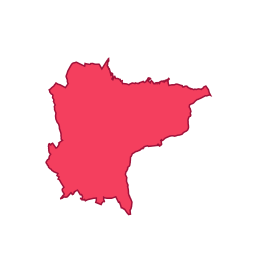 outline of Sona, Alba, Romania, rotated 248°
{"feature_id": "2599482B71316562161476", "entity_name": "Sona", "entity_type": "district", "adm_level": 2, "iso_a3": "ROU", "parent_name": "Romania", "parent_adm1": "Alba", "projection": "robinson", "projection_center": [24.009, 46.242], "detail": "fine", "context": "isolated", "style": "filled", "palette": "rose", "viewbox_px": 256, "rotation_deg": 248, "n_neighbors": 0, "source": "geoboundaries", "source_scale": "gbopen_adm2", "svg_char_len": 5796}
<svg xmlns="http://www.w3.org/2000/svg" viewBox="0 0 256 256"><g transform="rotate(248 128 128)"><path d="M137.7,215.9L137.7,214.2L137.5,213.3L136.8,212.5L136.7,211.4L136.3,210.3L136.7,210.0L137.9,207.9L138.1,206.0L138.3,205.4L139.0,204.6L138.9,203.5L139.5,202.7L140.0,202.3L140.6,201.6L140.5,201.2L140.7,200.8L141.2,200.4L141.5,200.5L141.9,199.8L142.3,199.5L142.9,199.3L143.2,198.7L144.1,198.5L144.8,198.2L145.4,196.5L145.2,195.8L145.4,194.3L146.1,194.0L146.4,194.2L147.0,194.1L147.8,192.9L150.0,190.4L150.7,189.0L150.7,187.1L151.7,184.5L152.1,181.9L154.1,182.0L157.1,182.8L158.0,184.5L158.7,184.3L157.9,182.8L158.2,182.5L158.2,182.2L157.7,182.0L157.3,181.6L157.6,181.3L157.5,180.7L158.2,180.6L158.2,180.3L157.3,179.4L158.0,179.0L157.5,178.6L158.2,178.5L158.4,177.8L158.2,177.3L158.8,177.0L158.9,175.0L157.9,174.4L157.5,173.6L158.5,173.5L158.9,172.9L158.9,172.2L158.4,171.6L159.2,171.5L159.5,171.1L159.4,170.1L159.0,169.6L159.4,169.5L159.5,168.5L161.6,168.1L163.2,167.4L162.2,166.0L161.6,165.5L164.1,164.3L164.8,165.8L165.2,167.3L166.0,167.0L166.2,166.0L166.7,166.0L166.7,165.5L166.6,165.1L166.2,165.0L165.3,163.6L165.1,163.7L164.8,163.0L165.0,162.9L164.9,162.6L164.1,161.7L164.0,160.5L164.1,160.2L164.9,159.9L165.0,159.5L165.5,159.5L165.5,157.9L165.7,155.3L165.2,155.1L165.4,153.9L166.0,153.3L166.7,151.9L167.0,151.7L166.6,151.1L168.2,148.7L168.0,148.3L168.1,146.5L167.7,145.1L169.4,143.2L171.1,140.1L171.2,139.6L172.8,139.6L173.2,139.8L173.9,140.4L174.0,140.4L174.1,138.8L175.9,138.9L176.0,138.3L176.7,138.0L177.3,137.5L177.8,136.9L178.6,135.0L180.8,135.1L180.9,134.8L180.2,134.0L179.7,133.3L178.4,132.0L179.2,131.5L179.7,131.6L180.4,132.5L181.1,133.1L182.5,133.6L183.1,133.4L183.5,133.5L183.8,134.0L184.1,134.0L184.5,133.9L185.2,133.2L185.0,132.9L184.4,133.0L183.6,132.9L183.3,132.6L183.2,132.0L186.7,132.5L186.7,132.4L189.8,132.8L189.9,132.3L191.5,132.5L192.4,132.4L192.4,132.1L193.4,132.1L194.0,132.3L194.7,133.0L196.5,133.7L197.0,134.8L197.5,135.3L199.6,136.0L199.5,135.6L198.9,135.3L198.5,134.1L192.6,125.9L197.8,125.2L198.1,124.9L198.1,124.7L198.8,123.1L198.9,122.6L199.7,120.9L200.1,120.6L200.1,120.4L200.5,120.0L201.0,119.6L201.7,117.6L201.2,116.8L201.5,116.0L203.3,113.1L203.9,112.4L201.6,111.0L203.0,109.6L208.3,104.8L208.4,104.5L208.5,102.8L208.8,101.6L208.6,100.5L208.1,99.5L206.6,97.5L203.3,93.5L201.4,92.0L199.7,90.4L199.3,90.3L199.1,90.0L198.2,89.8L197.4,89.9L196.7,89.7L196.1,89.9L194.7,89.6L194.0,89.2L193.1,89.1L192.4,89.0L191.7,89.2L190.8,88.0L188.9,85.1L193.5,81.2L194.8,79.5L196.7,78.1L196.0,77.1L195.4,75.9L194.8,75.2L193.8,72.0L193.3,71.1L192.9,69.2L192.0,69.3L190.7,69.0L188.4,69.6L187.4,70.4L186.9,70.6L186.4,70.6L184.4,69.4L182.6,69.8L181.8,69.8L181.0,69.3L180.5,68.8L179.3,69.0L178.4,68.9L177.2,69.1L176.8,69.1L176.4,68.9L175.9,68.1L175.3,67.6L174.2,67.5L172.6,66.8L169.2,66.8L168.7,66.7L166.3,65.3L163.3,64.5L159.9,64.5L157.8,65.1L157.0,65.1L155.1,64.9L153.2,64.2L152.5,64.2L152.1,64.0L151.4,64.2L150.8,64.0L149.7,64.0L147.5,63.7L146.0,63.0L144.0,62.5L142.9,61.9L142.2,62.0L141.1,62.6L140.4,59.5L140.0,58.2L139.2,58.5L137.4,56.4L136.4,54.8L136.4,53.7L142.1,52.4L141.9,50.5L141.3,50.0L142.9,49.2L142.8,48.7L142.3,48.2L141.4,47.9L141.0,47.4L140.0,47.3L139.3,47.1L138.9,46.8L137.5,46.5L136.7,46.1L134.8,45.8L132.7,46.5L131.7,45.0L131.0,44.3L129.7,43.4L129.0,43.3L128.7,41.5L127.0,39.2L125.9,39.1L124.7,39.5L123.9,39.4L123.0,39.9L121.5,39.7L120.4,40.1L119.3,40.6L118.6,41.3L117.5,41.5L116.8,41.8L116.1,42.4L115.3,42.8L112.1,46.0L110.5,44.3L108.5,45.7L106.8,44.0L105.8,45.0L101.9,45.5L97.1,46.4L95.9,44.1L94.7,43.7L94.1,43.6L93.3,43.8L91.9,43.9L91.6,44.1L91.3,44.2L90.4,43.9L89.9,43.1L89.8,42.4L88.3,40.1L88.1,39.3L87.7,39.2L87.6,41.0L88.1,42.5L87.9,43.1L87.4,43.9L86.9,45.4L87.0,46.2L89.4,50.9L87.2,51.5L87.4,52.3L87.2,52.6L87.6,53.0L88.4,54.2L88.7,54.1L88.9,54.5L89.3,57.2L89.3,57.9L84.0,58.8L83.8,59.1L83.7,60.0L81.5,60.2L79.4,58.7L80.4,57.7L80.2,57.6L79.2,58.5L78.6,58.4L78.5,58.5L78.6,59.5L77.8,60.1L78.0,61.0L76.5,61.2L76.7,63.4L76.6,64.5L75.7,69.9L74.9,72.4L72.7,71.5L71.1,70.2L67.1,74.4L68.5,75.9L69.2,78.1L68.7,78.5L68.9,78.7L70.4,78.5L72.9,79.5L72.0,80.2L70.8,82.1L69.3,85.8L69.0,86.6L68.8,90.9L62.6,91.4L62.5,92.3L59.3,92.2L56.5,91.9L55.9,93.0L54.7,93.5L54.0,94.4L49.7,95.4L47.5,96.2L47.5,96.4L47.2,98.0L51.1,99.1L51.2,99.5L52.4,100.8L53.5,101.4L53.6,101.7L57.8,103.9L61.7,103.9L63.2,103.7L63.6,103.8L63.9,103.7L64.1,103.9L65.3,103.7L67.6,104.0L68.0,104.3L70.8,105.2L74.2,105.8L74.3,106.3L75.4,106.6L75.8,106.7L76.1,106.5L79.0,106.6L81.7,107.8L82.1,108.2L82.5,108.3L85.5,108.1L86.3,108.4L88.0,109.6L88.3,109.9L88.4,110.4L90.3,112.5L91.1,112.6L91.3,112.8L91.7,113.3L92.3,115.1L92.9,115.7L95.0,116.9L95.5,117.3L95.9,117.3L96.6,117.8L100.2,119.5L100.6,120.5L102.6,122.4L102.7,123.8L103.3,126.5L103.0,127.3L103.0,128.6L103.2,130.1L102.9,130.4L103.2,131.3L103.4,131.7L103.4,132.0L103.7,132.4L103.9,134.1L103.4,134.2L103.8,134.8L103.7,135.0L104.6,135.9L104.4,138.1L104.2,139.6L103.3,140.0L100.8,148.9L101.3,148.9L101.7,149.4L101.7,149.9L101.5,150.1L100.8,149.9L99.4,150.5L99.4,150.8L100.1,151.3L99.8,152.2L99.9,152.5L100.1,152.9L100.6,153.2L101.9,153.4L103.1,153.9L104.2,153.7L104.5,154.4L103.6,154.4L103.6,155.8L104.7,158.8L104.8,163.5L104.5,165.3L103.9,166.9L103.1,167.9L102.8,169.2L102.7,171.4L102.2,173.1L102.0,175.5L102.1,176.1L102.6,176.8L103.2,178.7L103.3,180.9L103.9,182.6L105.1,183.8L105.8,184.3L107.5,184.9L110.0,185.5L111.0,186.0L112.7,186.5L113.6,187.0L114.3,187.7L115.2,188.3L115.7,189.6L115.6,190.3L116.5,191.1L117.5,191.0L118.6,191.4L119.7,192.5L122.9,192.9L124.1,192.6L124.9,192.8L126.4,193.8L126.6,195.1L126.5,197.0L126.7,198.2L127.8,200.5L128.5,202.7L128.3,203.3L128.4,205.4L128.4,206.5L128.9,211.9L128.3,213.0L128.2,215.7L127.7,216.4L127.3,216.8L130.2,216.5L133.4,216.9L137.7,215.9Z" fill="#f43f5e" stroke="#9f1239" stroke-width="1.5"/></g></svg>